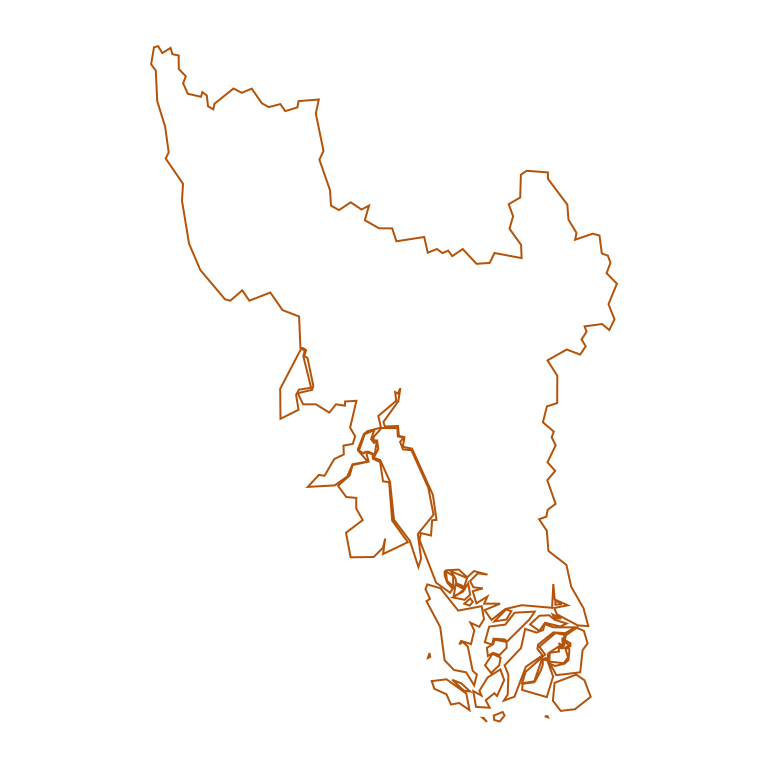 outline of Mrauk-U, Rakhine, Myanmar
{"feature_id": "60261553B1263911264167", "entity_name": "Mrauk-U", "entity_type": "district", "adm_level": 2, "iso_a3": "MMR", "parent_name": "Myanmar", "parent_adm1": "Rakhine", "projection": "mercator", "projection_center": [93.425, 20.429], "detail": "fine", "context": "isolated", "style": "outline", "palette": "amber", "viewbox_px": 768, "rotation_deg": 0, "n_neighbors": 0, "source": "geoboundaries", "source_scale": "gbopen_adm2", "svg_char_len": 6113}
<svg xmlns="http://www.w3.org/2000/svg" viewBox="0 0 768 768"><path d="M158.1,46.1L154.0,47.3L151.1,64.3L155.8,70.6L157.2,101.0L165.1,126.6L168.7,152.4L165.7,158.5L183.0,183.8L182.0,200.8L189.0,243.5L200.3,270.0L225.0,299.3L230.3,300.7L242.3,290.3L249.3,300.7L270.3,292.5L282.5,310.1L299.1,316.5L300.4,347.7L303.4,348.3L306.1,350.2L304.2,355.9L307.5,358.0L313.3,385.7L312.2,389.8L297.8,393.2L303.1,404.3L315.9,404.3L329.3,412.6L336.0,404.3L344.9,405.7L345.1,401.5L356.4,400.8L350.1,427.7L355.1,436.2L352.8,443.9L343.5,445.6L343.8,454.4L334.2,459.1L324.5,475.8L318.9,474.9L307.8,486.9L334.7,485.4L347.3,476.5L352.5,464.3L367.6,461.5L358.1,450.5L357.9,449.2L363.9,434.0L367.4,431.2L381.0,427.6L378.3,416.0L396.2,400.8L395.2,392.1L397.9,393.6L400.4,388.1L398.3,401.2L383.4,422.0L384.8,426.5L398.0,426.0L398.9,435.9L404.5,437.2L402.8,446.8L412.0,448.6L432.9,494.9L436.5,519.9L432.1,520.3L431.0,535.5L420.9,533.1L419.5,539.9L436.1,582.7L450.1,592.7L452.7,588.7L447.2,582.6L444.7,575.5L444.6,571.7L446.3,570.3L458.8,569.6L467.2,577.3L474.0,571.1L487.5,574.6L477.9,573.3L470.1,581.0L473.4,587.3L482.8,588.4L472.7,591.2L476.4,603.3L487.4,596.5L484.2,603.7L500.1,603.7L484.6,610.1L491.5,619.9L505.4,609.0L521.9,605.2L552.1,607.8L553.3,584.0L554.7,599.5L567.8,605.3L554.2,608.0L556.9,614.3L577.8,625.4L588.3,626.1L583.5,608.2L571.2,586.7L566.4,564.9L548.4,550.9L546.8,530.8L539.1,519.2L546.3,516.7L547.7,509.7L555.6,503.9L547.3,480.2L555.2,470.9L547.5,462.3L555.7,445.2L551.7,437.3L553.8,431.6L542.9,422.3L546.9,406.4L557.2,403.1L557.3,375.8L547.5,360.4L566.7,349.5L580.2,354.6L585.7,346.3L581.5,339.4L586.6,331.7L584.6,326.4L602.0,324.0L609.3,330.0L614.5,319.3L608.5,304.2L616.9,283.7L606.6,273.2L610.5,262.7L607.9,255.7L601.8,253.4L599.5,235.5L592.7,233.7L575.1,239.7L576.5,233.0L568.5,219.6L567.3,204.6L548.0,178.9L547.9,172.4L526.7,170.8L520.9,174.6L520.2,197.5L508.7,204.2L513.1,216.3L509.5,228.7L521.1,244.9L521.6,258.1L494.5,253.0L489.7,262.9L476.5,263.8L462.7,249.0L452.3,256.1L448.2,250.6L442.4,253.1L437.0,249.0L427.8,252.7L424.2,237.0L396.4,241.3L392.2,228.4L379.0,228.3L364.8,220.2L369.0,205.6L361.5,209.5L350.7,202.3L339.0,210.1L331.0,205.6L330.0,190.1L319.4,159.7L323.5,150.9L315.8,113.6L318.8,99.5L298.6,101.1L297.4,107.4L285.2,111.1L280.3,104.1L268.8,107.1L261.9,103.3L251.7,88.6L241.8,92.8L233.5,88.5L214.5,103.7L213.3,109.3L208.0,106.3L206.8,95.5L202.4,92.1L201.0,96.8L187.9,93.8L183.1,83.4L185.8,76.3L178.8,69.0L178.7,55.5L172.4,54.2L170.6,47.9L162.3,53.1L158.1,46.1ZM383.0,481.3L380.1,462.0L372.9,458.7L372.6,454.3L366.1,452.1L368.6,461.6L352.6,465.1L349.7,475.4L338.0,485.8L346.2,497.0L356.3,497.9L356.2,508.4L362.7,520.1L346.0,532.7L350.6,557.3L373.7,557.0L383.0,547.8L385.2,538.5L383.1,554.0L407.8,542.2L392.2,520.6L389.1,482.2L383.0,481.3ZM397.4,428.2L381.6,428.0L374.0,436.5L373.0,440.2L377.1,440.5L378.3,448.9L373.8,457.7L380.3,460.2L390.0,481.8L394.0,519.8L409.9,540.9L418.4,567.0L421.1,558.3L417.8,534.1L433.5,514.7L428.3,487.7L411.5,450.3L403.0,449.4L400.1,441.9L403.7,437.7L397.8,436.4L397.4,428.2ZM458.2,610.6L440.5,588.3L427.3,584.4L425.5,589.2L430.0,598.8L426.5,601.2L440.2,627.0L444.6,660.3L454.0,670.0L466.1,672.3L474.2,685.4L476.9,674.5L472.7,670.9L467.8,646.6L462.7,641.9L459.3,644.4L461.2,640.9L471.0,644.1L474.3,630.5L470.4,622.7L479.3,626.8L484.0,619.1L481.7,606.2L458.2,610.6ZM553.4,627.3L544.6,624.1L543.1,630.0L536.5,632.6L525.2,628.9L521.0,648.1L504.6,665.3L508.4,674.8L507.7,694.6L503.8,700.6L514.5,696.7L525.8,666.8L542.5,655.3L537.4,648.9L538.1,644.6L553.4,632.4L565.3,633.1L575.4,627.3L553.4,627.3ZM311.1,387.7L303.3,356.1L304.8,350.6L301.2,348.6L280.2,388.8L280.5,418.8L298.5,409.8L296.1,394.8L298.9,389.7L311.1,387.7ZM576.3,674.6L554.6,682.8L552.9,700.7L560.7,710.9L575.0,709.2L590.7,696.8L584.4,680.2L576.3,674.6ZM583.9,630.9L576.6,627.7L566.0,635.2L564.7,639.9L570.5,643.4L570.3,646.0L566.1,648.3L569.1,648.7L569.4,650.2L568.4,660.3L564.6,663.6L555.0,666.0L550.0,663.7L556.4,675.2L580.2,672.3L582.6,650.2L587.6,643.4L583.9,630.9ZM507.3,641.3L529.2,619.7L534.7,611.6L514.6,612.7L505.3,624.6L489.2,626.6L484.8,642.2L492.1,644.6L493.5,638.7L504.4,639.4L507.3,641.3ZM553.1,676.5L547.3,660.3L542.8,659.5L542.8,664.5L540.8,670.5L535.4,680.8L534.0,682.3L522.7,683.8L522.1,689.9L546.8,697.1L553.1,676.5ZM497.1,696.0L504.2,680.1L500.4,669.4L487.7,677.4L479.4,690.8L481.5,695.6L473.3,691.1L476.0,706.9L489.7,707.7L485.7,700.2L494.4,693.2L497.1,696.0ZM562.9,645.6L562.3,639.6L565.4,635.1L555.6,633.0L539.3,646.7L545.2,654.5L525.7,671.8L522.0,683.3L534.3,681.3L541.8,659.7L545.6,658.1L547.3,659.5L548.3,653.3L558.9,646.3L562.3,647.4L558.6,643.2L562.9,645.6ZM446.5,679.3L431.7,681.1L434.4,688.8L446.5,694.3L450.9,704.5L459.1,703.0L469.5,710.1L466.3,693.5L446.5,679.3ZM554.5,619.7L549.3,615.3L539.4,615.7L530.1,624.4L539.3,630.9L545.0,622.8L560.4,626.5L566.6,623.5L554.5,619.7ZM374.0,442.9L371.1,439.2L374.2,430.1L364.7,434.2L359.0,450.5L363.5,453.4L364.7,452.1L368.1,451.6L374.7,454.5L376.8,441.4L374.0,442.9ZM569.3,645.6L563.1,640.2L564.5,644.5L562.0,648.4L558.6,647.4L559.0,651.5L549.7,652.8L549.4,661.6L563.7,663.2L568.1,657.5L565.1,647.6L569.3,645.6ZM494.7,639.6L493.1,644.3L486.9,647.8L487.9,656.0L493.0,652.8L499.5,655.1L506.6,647.8L506.6,642.0L494.7,639.6ZM499.2,665.3L500.6,657.6L492.5,653.9L485.0,665.3L491.1,673.0L499.2,665.3ZM464.6,599.8L470.1,594.8L468.2,583.3L462.9,591.7L452.7,597.4L464.6,599.8ZM467.1,578.1L450.8,571.2L455.5,578.5L456.3,583.3L461.4,585.3L463.8,587.5L467.1,578.1ZM494.4,621.4L506.5,619.5L511.3,611.2L506.0,609.5L494.4,621.4ZM453.2,586.4L453.1,575.8L445.8,571.3L447.0,580.8L453.2,586.4ZM499.7,721.5L504.6,715.6L502.7,712.0L493.7,715.6L494.2,720.0L499.7,721.5ZM453.7,596.1L458.1,594.2L464.3,589.3L455.6,584.6L453.7,596.1ZM470.2,691.5L461.3,683.4L452.2,679.8L463.9,690.6L470.2,691.5ZM469.7,605.6L472.8,601.9L470.3,598.4L464.3,603.7L469.7,605.6ZM555.4,604.7L561.0,604.2L561.2,602.9L555.4,601.0L555.4,604.7ZM561.2,618.6L552.7,614.5L554.3,618.0L561.2,618.6ZM427.9,658.0L430.2,656.9L429.5,653.1L427.9,658.0ZM487.0,721.9L483.7,718.0L482.6,717.9L487.0,721.9ZM544.8,716.3L548.0,717.3L547.4,716.1L544.8,716.3Z" fill="none" stroke="#b45309" stroke-width="2"/></svg>